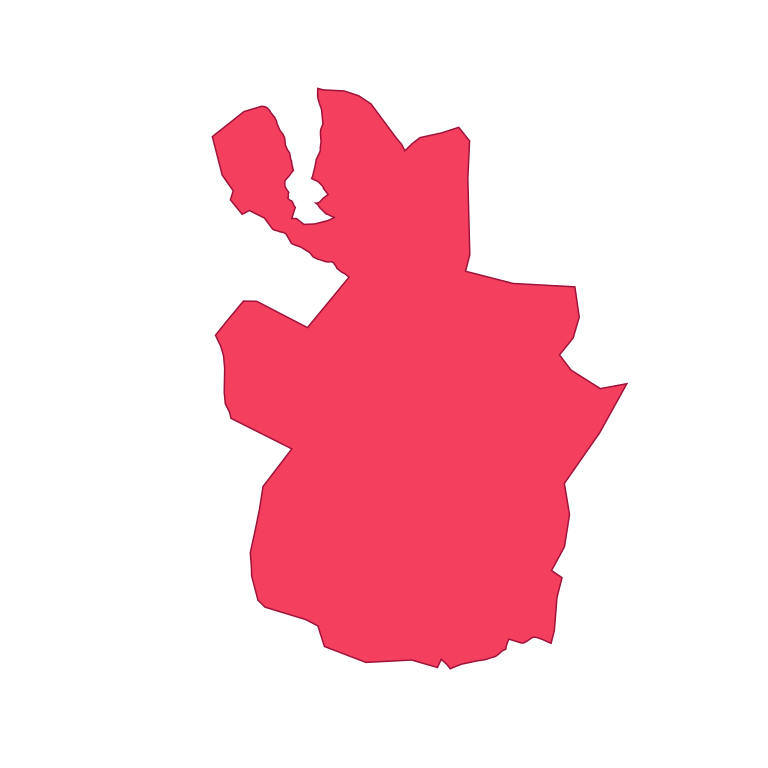 outline of Ido-Osi, Ekiti, Nigeria, rotated 21°
{"feature_id": "59680162B17555212909244", "entity_name": "Ido-Osi", "entity_type": "district", "adm_level": 2, "iso_a3": "NGA", "parent_name": "Nigeria", "parent_adm1": "Ekiti", "projection": "robinson", "projection_center": [5.146, 7.853], "detail": "fine", "context": "isolated", "style": "filled", "palette": "rose", "viewbox_px": 768, "rotation_deg": 21, "n_neighbors": 0, "source": "geoboundaries", "source_scale": "gbopen_adm2", "svg_char_len": 3134}
<svg xmlns="http://www.w3.org/2000/svg" viewBox="0 0 768 768"><g transform="rotate(21 384 384)"><path d="M610.6,296.7L587.6,310.8L553.7,304.0L537.4,294.0L544.1,273.2L542.3,251.6L527.4,224.9L468.4,243.9L419.7,249.5L417.8,232.6L388.5,161.8L376.8,126.4L361.8,117.6L347.7,129.0L329.3,141.1L325.0,148.2L324.3,149.3L319.9,158.8L314.5,153.9L307.9,150.3L271.5,127.2L257.3,124.0L241.8,124.7L221.8,131.2L216.2,131.8L218.8,138.9L220.9,142.4L223.1,145.1L227.5,150.4L231.2,157.9L233.8,163.1L233.7,169.2L234.9,173.0L238.4,180.4L239.8,186.1L241.0,189.2L240.3,198.7L241.6,205.4L242.9,215.9L242.8,218.2L249.2,218.6L250.6,218.9L256.3,221.6L257.2,222.3L257.2,223.0L263.9,227.1L260.6,232.5L259.0,236.6L257.5,238.6L255.5,239.6L257.9,240.2L261.1,242.6L263.8,243.7L267.6,245.4L269.0,246.0L270.5,245.8L274.0,246.1L275.2,246.3L276.9,246.1L278.0,246.6L272.7,251.8L261.8,259.5L252.0,263.7L243.1,260.9L238.6,262.5L238.2,257.2L237.9,250.8L236.8,250.4L234.2,247.8L233.0,246.7L232.0,246.1L230.3,246.2L228.8,245.5L227.6,245.0L227.6,243.3L226.7,241.4L226.4,239.3L222.4,236.5L220.4,234.5L218.6,229.8L220.9,223.7L222.2,218.9L222.9,217.1L218.9,211.4L217.9,209.1L216.2,207.4L214.6,204.5L213.0,202.0L209.8,199.9L207.5,197.4L206.6,196.7L205.3,194.3L203.6,190.9L202.7,189.3L201.7,188.7L200.5,187.3L196.6,184.9L195.1,183.7L190.9,179.3L189.1,176.7L187.2,175.2L186.1,173.9L185.4,173.9L184.4,173.2L183.9,173.1L183.4,172.4L182.2,172.0L181.0,171.1L179.3,169.7L175.6,167.9L173.7,167.8L172.4,168.1L170.6,168.3L155.6,179.9L135.1,214.6L158.2,247.1L173.6,257.4L174.0,257.6L174.6,267.1L190.8,276.4L196.1,270.3L202.3,270.9L212.8,271.9L224.7,279.4L226.9,279.6L229.8,279.2L232.4,279.2L236.4,278.5L239.0,279.2L246.2,285.1L246.8,285.7L249.5,286.2L252.8,286.1L256.6,286.0L258.1,286.1L260.5,286.6L263.6,287.2L266.1,287.6L268.3,288.3L271.0,290.0L272.2,290.7L274.4,291.0L277.5,291.2L279.8,290.9L283.7,290.8L285.4,290.7L286.3,290.6L288.3,290.0L290.2,289.1L291.3,288.6L293.4,288.9L295.3,290.3L296.1,290.8L297.2,291.4L298.4,292.8L298.9,293.1L300.2,293.3L301.2,293.8L304.1,294.6L305.4,295.0L306.3,294.9L307.3,295.0L307.8,295.1L308.5,295.3L309.8,295.7L311.6,296.3L313.1,296.8L292.7,357.7L292.3,358.8L235.5,352.4L223.1,356.9L213.8,384.3L213.7,384.8L209.2,398.9L217.9,407.1L224.0,415.0L229.7,426.6L237.8,449.0L242.9,459.3L250.4,466.2L253.4,470.9L321.2,477.6L307.8,523.1L312.7,545.9L316.6,569.4L319.6,589.3L326.2,603.3L329.2,610.6L343.8,631.0L353.0,635.0L395.1,632.0L408.9,633.5L422.5,650.4L466.9,650.4L508.7,631.8L535.5,629.5L536.1,620.5L543.2,623.3L547.9,626.1L555.2,619.2L556.6,617.9L565.6,612.1L567.3,610.9L567.9,610.5L570.5,608.9L575.7,606.0L576.7,605.4L578.5,604.1L579.3,603.5L579.7,603.1L582.0,601.2L583.9,599.8L585.7,598.4L587.8,595.2L589.9,591.0L590.5,590.3L592.8,587.8L592.2,585.5L592.1,584.2L591.9,583.0L591.9,581.1L592.0,577.4L603.3,576.7L604.7,576.6L605.1,576.5L607.2,575.7L608.4,574.3L609.7,572.8L611.1,570.7L613.4,567.4L615.6,566.3L616.9,565.9L619.7,565.8L623.7,565.7L627.7,566.0L630.8,566.2L632.9,566.2L631.4,553.2L622.0,521.4L619.6,501.0L607.3,498.1L610.8,471.2L604.0,439.4L588.0,412.2L597.0,375.8L602.8,352.5L610.6,296.7Z" fill="#f43f5e" stroke="#9f1239" stroke-width="1.5"/></g></svg>